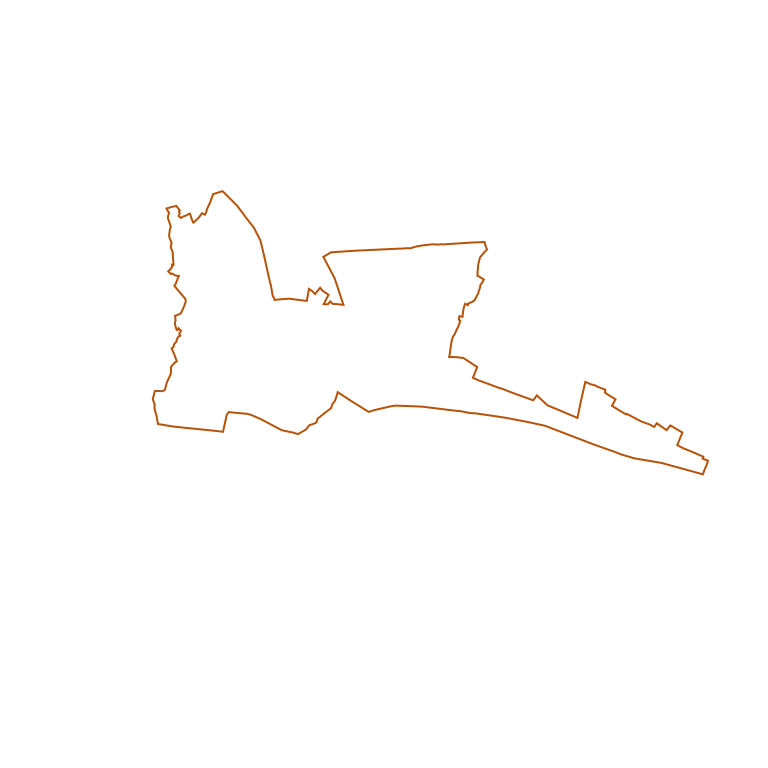 Dala, Kano, Nigeria, rotated 140°
{"feature_id": "59680162B56865757670534", "entity_name": "Dala", "entity_type": "district", "adm_level": 2, "iso_a3": "NGA", "parent_name": "Nigeria", "parent_adm1": "Kano", "projection": "natural_earth1", "projection_center": [8.494, 12.03], "detail": "fine", "context": "isolated", "style": "outline", "palette": "amber", "viewbox_px": 768, "rotation_deg": 140, "n_neighbors": 0, "source": "geoboundaries", "source_scale": "gbopen_adm2", "svg_char_len": 3910}
<svg xmlns="http://www.w3.org/2000/svg" viewBox="0 0 768 768"><g transform="rotate(140 384 384)"><path d="M197.8,109.8L193.3,112.4L188.9,114.6L185.1,117.0L187.9,122.0L186.1,123.0L191.6,134.1L196.2,142.6L198.6,148.7L186.6,155.0L191.3,168.2L197.2,167.0L200.3,178.6L204.6,177.4L206.2,181.6L211.0,190.0L217.3,205.2L218.1,205.1L220.6,212.3L223.4,220.7L216.5,223.5L220.0,234.1L220.1,235.5L218.1,237.3L222.3,244.8L222.7,246.4L226.1,251.4L228.4,256.2L230.3,254.8L244.2,244.3L257.6,233.7L272.5,262.7L274.2,277.0L280.2,275.6L291.5,295.1L296.0,303.4L298.9,308.0L303.6,316.3L309.1,325.8L311.9,331.6L301.7,337.1L306.5,353.0L311.7,358.4L314.9,361.2L316.7,362.8L314.6,364.5L312.7,366.2L310.3,368.4L307.5,370.8L305.4,372.8L301.9,375.2L300.5,376.1L299.1,376.2L292.9,379.1L290.3,380.2L286.4,382.4L284.9,383.6L285.2,385.0L285.3,385.2L282.7,387.5L282.0,386.7L280.7,385.0L276.7,388.8L274.5,390.6L274.0,391.1L270.3,393.3L269.9,392.4L269.2,390.5L268.5,390.7L268.1,391.2L267.9,391.5L266.1,391.0L264.0,390.3L260.9,389.9L253.4,393.0L251.4,394.4L248.1,396.3L246.9,397.7L244.4,398.4L240.3,399.8L242.3,405.8L242.9,406.6L242.4,407.2L240.8,409.2L240.6,409.4L239.6,410.5L237.7,412.1L235.9,414.2L231.5,417.6L228.9,419.3L224.1,420.2L222.8,420.4L222.0,420.5L218.6,420.8L217.5,424.4L216.4,426.7L215.7,428.1L226.2,436.2L249.3,453.2L251.0,454.9L252.3,455.5L252.9,456.0L254.7,457.6L256.3,459.3L264.1,464.6L270.9,468.6L276.6,471.0L279.4,473.5L284.0,476.8L286.6,478.9L321.3,505.3L339.9,518.9L348.7,520.4L353.8,496.9L364.2,470.7L368.4,475.1L371.8,478.4L372.1,481.8L375.8,481.1L378.9,483.9L369.1,488.0L370.1,491.3L371.1,494.9L371.1,498.8L379.0,497.2L379.2,501.1L380.4,505.1L389.7,497.3L391.0,498.6L393.6,501.4L402.0,510.5L410.0,516.2L413.8,518.8L413.0,520.4L412.6,523.0L409.8,527.9L407.1,532.5L405.8,535.5L395.1,556.1L392.4,561.3L386.5,573.2L383.2,587.3L383.1,591.1L382.8,599.3L381.9,615.0L383.7,635.5L392.9,639.3L401.0,634.6L407.1,631.8L409.6,629.9L412.3,628.8L413.7,631.8L415.6,631.3L419.2,630.5L424.2,630.2L426.3,630.1L426.2,631.0L424.9,635.0L423.1,639.1L424.1,639.8L427.1,640.2L430.7,641.5L432.8,641.7L433.4,644.7L430.4,646.3L430.2,647.9L428.9,648.3L428.6,653.9L430.4,654.8L432.7,656.1L435.2,657.1L436.9,657.8L437.8,658.2L438.2,656.5L438.7,653.2L440.3,652.2L442.8,650.3L445.2,644.0L445.5,643.1L446.0,642.3L446.3,641.4L448.6,640.1L453.0,636.1L453.9,634.6L454.7,633.0L455.8,628.9L459.0,626.2L459.8,625.1L461.2,620.7L464.6,616.3L466.7,613.1L468.7,610.6L469.6,611.7L471.1,609.9L474.1,609.1L476.5,609.2L476.9,609.0L476.9,608.5L476.5,605.2L475.4,605.0L475.0,603.9L474.7,603.1L474.5,602.5L474.2,601.7L473.9,601.1L473.1,599.9L471.7,598.7L479.5,594.5L481.5,594.1L481.5,591.8L481.5,588.4L481.5,577.2L482.1,575.5L483.3,574.3L485.1,573.3L486.7,572.3L490.7,570.3L491.2,570.1L492.7,569.3L494.1,568.8L495.4,568.9L498.9,570.0L500.3,570.5L501.2,569.1L501.7,568.2L502.3,567.6L503.0,566.4L504.4,565.8L505.5,564.5L506.1,563.3L507.4,560.5L508.0,558.8L507.8,558.2L507.0,558.2L505.5,558.8L505.5,557.1L505.5,556.4L505.5,556.0L505.3,555.2L506.0,555.1L506.5,554.7L508.3,554.2L508.9,553.5L509.0,551.9L511.0,552.4L514.2,551.4L515.2,550.1L519.6,549.3L521.1,547.8L522.1,547.7L523.8,547.8L525.3,542.5L528.1,534.6L530.2,534.9L536.1,534.1L540.6,528.9L549.5,524.7L555.6,520.3L558.1,520.8L564.1,525.9L570.9,521.0L572.8,515.7L575.2,513.3L576.7,510.5L579.0,505.2L582.9,498.7L572.9,487.0L565.5,479.3L545.9,459.2L538.0,450.9L524.4,461.4L521.1,462.3L507.7,448.8L505.5,445.4L501.1,436.6L492.0,414.3L484.8,405.1L482.1,400.9L473.2,399.3L467.6,400.4L463.6,398.8L460.4,398.0L457.1,400.1L447.8,399.9L440.2,399.5L436.1,401.9L432.2,402.7L428.6,404.9L424.7,407.5L420.0,391.9L413.7,372.5L408.1,370.2L392.7,362.3L388.8,359.8L369.5,342.3L345.7,316.8L342.2,313.3L337.2,306.9L332.4,302.3L312.8,280.3L307.3,273.5L302.4,267.5L297.3,261.2L287.4,248.4L274.1,224.3L261.6,201.8L250.7,183.4L247.2,176.9L246.4,175.8L239.9,166.0L222.1,145.1L197.8,109.8Z" fill="none" stroke="#b45309" stroke-width="2"/></g></svg>